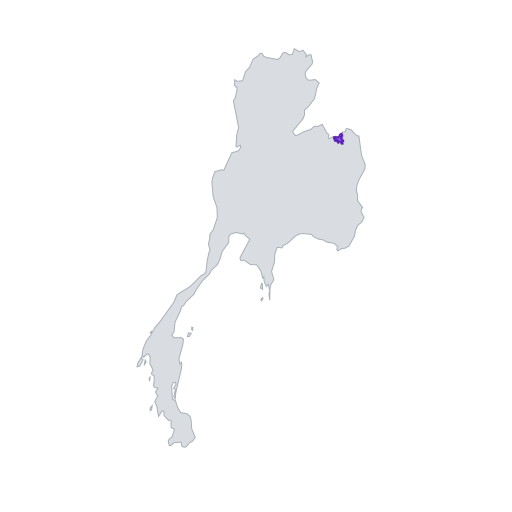 Phon Phisai, Nong Khai, Thailand shown in context, rotated 22°
{"feature_id": "78962969B13361717862760", "entity_name": "Phon Phisai", "entity_type": "district", "adm_level": 2, "iso_a3": "THA", "parent_name": "Thailand", "parent_adm1": "Nong Khai", "projection": "equal_earth", "projection_center": [103.15, 17.983], "detail": "fine", "context": "in_parent", "style": "filled", "palette": "violet", "viewbox_px": 512, "rotation_deg": 22, "n_neighbors": 0, "source": "geoboundaries", "source_scale": "gbopen_adm2", "svg_char_len": 6589}
<svg xmlns="http://www.w3.org/2000/svg" viewBox="0 0 512 512"><g transform="rotate(22 256 256)"><path d="M227.5,50.7L227.8,52.6L229.4,50.0L231.5,48.7L235.6,54.5L236.1,57.0L233.0,66.2L233.5,69.3L235.4,71.8L237.7,73.3L240.1,72.9L244.8,70.2L249.8,71.9L249.5,78.0L251.3,87.8L248.7,97.8L246.3,102.7L248.1,107.0L248.2,111.0L243.3,126.6L244.3,127.8L247.4,129.5L248.7,128.9L253.8,122.8L259.5,118.1L261.3,114.0L264.9,112.7L268.1,109.1L275.5,115.4L277.4,115.9L278.4,117.0L278.8,119.6L279.7,120.0L282.7,116.5L287.8,114.2L289.8,108.8L292.2,107.2L291.9,104.6L292.7,103.6L296.8,103.3L303.1,106.2L305.3,106.7L306.4,106.1L316.3,123.4L322.8,130.0L324.4,134.5L323.0,146.1L323.1,152.7L324.6,157.8L327.3,161.3L329.3,166.4L336.8,171.2L336.2,172.5L336.7,175.6L341.4,179.3L341.8,180.5L341.3,185.2L339.1,188.8L338.7,191.7L338.7,195.3L339.9,200.8L338.4,212.1L335.7,215.3L332.1,217.6L330.1,220.6L328.6,219.9L327.9,216.7L323.9,215.0L316.2,216.6L312.4,215.9L307.2,217.0L302.2,216.5L299.2,215.2L290.9,217.7L287.3,219.9L284.8,223.2L281.0,231.5L277.1,236.6L277.2,238.7L272.4,240.0L272.7,247.1L275.4,254.8L276.2,264.5L281.5,271.4L280.5,276.2L281.1,280.9L285.3,291.8L282.3,286.6L281.7,283.1L278.1,277.7L277.0,280.4L272.9,276.3L271.1,272.3L270.5,274.1L266.4,268.4L262.2,265.4L259.9,264.0L254.0,266.0L246.6,264.4L243.7,265.9L242.6,265.0L241.8,263.3L244.0,243.0L237.6,240.5L236.5,239.2L235.1,240.7L228.8,241.6L224.2,245.3L223.6,248.3L225.7,253.9L223.0,264.0L223.8,273.4L223.4,278.6L220.2,285.3L219.4,290.6L215.7,298.7L213.3,308.9L212.7,314.9L208.4,324.0L207.4,329.1L205.9,331.1L206.5,335.1L205.7,347.7L208.4,356.7L207.6,361.0L210.6,362.5L217.5,359.6L219.9,360.3L221.3,365.3L223.1,380.2L226.0,384.8L226.7,382.5L228.1,384.9L229.2,389.3L232.8,412.8L234.7,419.0L232.5,417.4L231.3,410.0L229.2,409.7L229.9,405.1L228.7,403.4L226.6,404.7L226.6,408.4L232.1,420.1L235.6,420.4L239.9,425.6L244.7,429.4L250.7,428.1L254.9,429.3L257.3,432.5L261.2,440.4L267.6,447.0L266.6,451.2L264.1,454.5L262.8,458.9L261.0,460.2L258.7,460.3L256.1,456.6L249.7,460.0L248.3,463.4L246.7,464.3L243.9,460.5L244.1,458.3L245.9,455.2L245.4,447.0L241.6,447.0L239.1,440.8L238.3,440.2L236.5,441.2L230.5,438.3L228.7,434.5L226.9,434.8L225.7,441.3L220.4,432.6L216.7,429.0L217.3,422.4L214.8,421.0L213.7,419.2L214.7,415.3L211.3,415.9L209.6,414.8L207.7,407.8L206.0,405.0L203.7,405.0L203.0,403.6L203.2,400.2L197.7,395.3L195.9,389.7L193.3,387.2L191.6,387.9L189.9,391.9L188.6,391.6L187.5,390.5L186.1,384.9L186.2,375.1L188.0,369.4L189.0,360.3L191.6,352.6L197.1,330.2L197.3,321.4L206.5,308.8L212.6,294.4L214.6,292.3L215.5,289.7L212.4,278.1L211.0,270.1L211.2,268.0L207.4,262.6L206.4,256.3L205.4,254.3L205.1,252.3L206.5,248.6L205.8,235.0L201.6,225.6L194.0,216.9L187.4,204.1L186.5,199.6L186.3,193.2L191.8,188.9L194.0,188.6L194.9,169.4L199.6,165.8L200.6,164.2L201.1,161.0L200.0,159.2L196.9,162.3L196.3,161.6L192.6,150.4L191.9,143.6L176.9,120.6L177.6,116.8L175.5,106.9L173.3,106.7L171.8,105.0L170.2,100.6L173.1,101.1L177.9,98.6L177.2,89.0L179.3,83.5L179.7,74.4L183.3,69.0L183.9,66.4L185.9,66.0L188.5,68.0L191.2,68.0L202.5,65.7L204.0,63.3L204.7,58.3L205.8,56.7L208.3,56.2L211.2,57.2L214.3,55.3L213.8,49.4L219.2,50.4L222.7,47.7L227.5,50.7ZM190.2,394.5L189.4,401.8L187.2,403.3L186.5,399.1L187.8,392.2L188.4,393.8L190.2,394.5ZM224.9,351.9L224.5,355.4L222.6,356.5L222.1,352.6L224.9,351.9ZM272.4,279.5L274.7,284.5L272.0,284.0L271.5,279.2L272.4,279.5ZM216.0,439.1L214.8,436.9L215.8,433.6L216.8,437.7L216.0,439.1ZM193.8,395.3L193.2,399.3L192.2,393.9L193.8,395.3ZM225.0,348.7L223.9,348.3L223.1,346.0L224.3,346.0L225.0,348.7ZM203.0,407.3L204.3,412.0L202.9,409.8L203.0,407.3ZM278.4,292.6L278.0,295.6L276.8,294.4L277.6,292.2L278.4,292.6ZM187.7,366.2L186.4,367.4L187.5,364.6L187.7,366.2Z" fill="#d9dde1" stroke="#a8b0b8" stroke-width="1"/><path d="M294.2,119.0L294.1,118.9L294.0,118.7L294.0,118.8L293.8,118.6L293.7,118.4L293.4,118.2L293.1,118.1L293.2,117.9L293.3,117.8L293.5,117.6L293.3,117.6L293.1,117.5L293.1,117.4L293.0,117.2L293.1,117.3L293.3,117.2L293.5,117.2L294.0,117.1L294.1,116.9L294.1,116.6L293.8,116.2L293.7,116.2L293.4,116.0L293.2,116.2L293.0,116.3L292.9,116.4L292.7,116.4L292.4,116.4L292.3,116.2L292.1,116.1L292.1,116.3L292.0,116.2L291.9,116.2L291.9,115.9L291.8,115.7L291.8,115.4L291.7,115.3L291.8,115.1L291.7,115.1L291.5,115.3L290.7,115.2L290.4,114.9L290.4,114.7L290.5,114.5L290.4,114.4L290.5,114.4L290.4,114.3L290.5,114.3L290.5,114.2L290.5,114.3L290.5,114.2L290.4,114.2L290.5,114.1L290.4,114.1L290.5,114.1L290.4,114.0L290.5,114.0L290.5,113.9L290.6,113.7L290.4,113.6L290.5,113.5L290.5,113.4L290.6,113.2L290.8,113.1L290.9,112.9L291.0,112.9L291.1,112.7L291.3,112.5L291.2,112.3L291.2,112.2L291.0,111.8L290.9,111.8L290.9,111.6L290.8,111.4L290.7,111.5L290.7,111.4L290.7,111.5L290.7,111.4L290.4,111.4L290.2,111.4L290.3,111.4L290.2,111.4L290.2,111.5L290.1,111.4L290.1,111.5L290.0,111.4L289.9,111.5L290.0,111.5L289.9,111.5L289.7,111.5L289.6,111.4L289.7,111.2L289.6,110.9L289.7,110.7L289.6,110.4L289.4,110.6L288.5,111.3L288.4,111.4L288.3,111.8L288.3,112.0L288.3,112.3L288.2,112.9L288.4,113.6L288.4,113.9L288.3,114.2L288.0,114.8L287.8,115.2L287.6,115.5L287.2,115.7L286.9,115.6L286.7,115.7L286.4,115.8L286.2,115.8L286.2,115.7L286.1,115.8L286.1,116.0L286.0,115.9L285.9,115.9L285.7,116.0L285.4,116.0L285.4,115.9L285.4,115.7L285.3,115.9L285.2,115.8L285.1,116.1L284.9,116.2L284.8,116.3L284.7,116.3L284.8,116.4L284.8,116.5L284.7,116.6L284.7,116.8L284.6,116.7L284.5,116.8L284.3,117.0L284.3,116.9L284.4,116.7L284.1,116.7L284.1,116.8L284.2,117.1L284.0,117.3L283.9,117.3L283.8,117.2L283.8,117.3L283.9,117.5L284.1,117.4L284.2,117.5L284.3,117.6L284.3,117.8L284.5,118.0L284.9,118.0L285.0,118.0L285.1,117.9L285.1,118.0L285.2,117.9L285.3,118.1L285.4,118.4L285.5,118.6L285.5,118.8L285.6,119.0L285.8,119.3L285.8,119.5L285.9,119.8L286.0,119.8L286.3,119.7L286.5,119.3L286.8,119.4L286.8,118.8L287.0,118.8L286.9,118.6L287.0,118.5L287.0,118.4L287.3,118.4L287.3,118.5L287.5,118.4L287.6,118.2L287.8,118.3L288.2,118.2L288.3,118.2L288.4,118.3L288.4,118.5L288.5,118.4L288.7,118.7L288.8,118.6L288.8,118.8L288.8,119.0L288.9,118.9L288.9,119.0L289.0,119.0L288.9,118.9L289.1,118.8L289.1,119.1L289.1,119.3L289.3,119.2L289.4,119.3L289.4,119.5L289.4,119.8L289.5,119.8L289.5,120.0L289.8,120.4L289.9,120.5L290.0,120.4L290.2,120.1L290.2,119.9L290.3,119.7L290.4,119.2L290.5,118.9L290.6,118.7L290.8,118.7L291.0,118.6L291.3,118.6L291.5,118.4L291.7,118.2L291.8,118.3L292.0,118.4L292.1,118.6L292.3,118.8L292.2,119.0L292.3,119.2L292.7,119.6L292.8,119.7L292.9,119.8L293.0,119.8L293.0,119.7L293.2,119.8L293.4,119.8L293.5,119.9L293.8,119.4L293.8,119.1L294.0,119.0L294.2,119.0Z" fill="#8b5cf6" stroke="#5b21b6" stroke-width="1.5"/></g></svg>